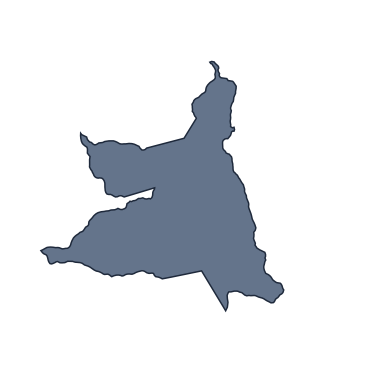 the district of Serra Nova Dourada, Mato Grosso, Brazil, rotated 206°
{"feature_id": "56859067B93174038170819", "entity_name": "Serra Nova Dourada", "entity_type": "district", "adm_level": 2, "iso_a3": "BRA", "parent_name": "Brazil", "parent_adm1": "Mato Grosso", "projection": "orthographic", "projection_center": [-51.334, -12.07], "detail": "fine", "context": "isolated", "style": "filled", "palette": "slate", "viewbox_px": 384, "rotation_deg": 206, "n_neighbors": 0, "source": "geoboundaries", "source_scale": "gbopen_adm2", "svg_char_len": 5163}
<svg xmlns="http://www.w3.org/2000/svg" viewBox="0 0 384 384"><g transform="rotate(206 192 192)"><path d="M66.6,144.2L68.1,145.1L70.1,147.3L71.5,148.3L72.7,148.7L76.0,147.7L77.3,147.7L79.9,148.2L81.2,148.6L83.3,150.0L84.8,150.7L87.0,151.2L88.5,151.2L90.1,151.2L92.4,153.1L93.3,154.1L94.2,155.2L95.0,156.9L95.3,158.7L96.0,161.4L95.9,163.2L97.5,164.7L97.7,166.5L98.6,168.2L100.1,169.7L101.8,169.7L106.0,169.7L109.1,170.1L110.1,170.8L112.0,171.8L112.6,173.7L115.2,176.0L116.4,177.3L116.8,178.9L117.7,181.0L118.9,182.9L118.4,185.1L118.6,186.5L118.9,187.8L121.0,190.0L122.8,191.6L124.7,193.0L126.1,194.2L128.0,196.6L129.5,198.3L133.8,202.4L134.7,203.5L135.6,205.8L136.3,206.9L138.4,208.8L140.4,210.6L141.6,212.6L143.7,214.2L144.9,215.3L146.0,217.7L147.9,219.7L149.0,221.0L151.5,222.3L153.3,223.5L154.7,224.5L156.2,225.2L158.6,227.0L160.0,227.3L161.6,228.0L163.4,228.5L164.6,229.7L165.5,231.2L166.1,232.4L167.0,233.8L167.7,235.1L169.5,237.3L170.9,239.8L172.1,241.1L173.4,241.5L174.9,242.3L176.4,242.1L178.4,242.0L179.8,243.1L182.0,243.8L183.5,244.8L185.7,248.8L186.5,250.5L186.6,252.1L185.7,254.0L184.6,255.0L183.2,255.6L182.2,259.7L182.4,261.4L182.8,263.2L182.3,264.4L180.9,265.1L181.1,266.7L182.6,268.6L183.9,267.4L186.0,267.7L186.7,269.5L187.7,270.8L188.8,272.5L189.3,274.4L189.9,275.9L190.8,277.3L191.6,278.9L191.8,280.5L192.3,282.3L193.7,283.6L194.3,284.9L194.6,286.7L194.9,289.1L194.6,291.5L195.2,293.5L195.9,295.3L196.1,298.2L196.1,299.7L197.0,301.6L197.7,304.2L198.7,306.5L200.6,307.6L202.8,308.9L204.0,309.3L205.8,308.8L208.4,308.0L210.4,309.2L215.9,307.4L217.7,307.8L218.8,308.9L219.2,310.5L220.9,311.6L222.2,313.1L222.3,315.1L223.4,316.5L226.0,317.4L227.4,317.7L229.0,318.6L231.5,318.0L232.9,316.5L231.5,315.7L230.0,315.8L228.5,314.7L226.6,313.7L224.9,312.4L223.9,311.4L223.4,309.8L223.0,307.8L221.5,305.7L221.0,304.4L221.3,302.8L222.3,300.8L223.6,298.7L224.1,297.4L224.8,295.0L225.0,292.7L224.8,291.3L224.0,288.7L224.2,287.1L226.1,284.3L227.0,281.7L227.5,280.0L229.4,277.7L230.1,276.3L230.4,274.9L230.2,273.1L230.5,270.9L229.3,269.2L228.7,268.0L227.7,266.4L227.0,264.5L225.4,263.9L224.4,262.8L222.7,261.4L221.4,260.9L220.4,260.1L222.7,236.8L252.0,211.6L252.7,209.7L253.8,208.6L255.4,207.8L258.0,208.7L259.7,209.8L261.9,209.7L263.7,209.7L265.0,209.6L267.3,209.1L269.9,208.0L272.8,206.1L274.3,205.4L275.6,204.6L276.9,204.0L278.3,203.7L281.2,203.9L283.3,203.8L285.1,203.5L289.1,201.5L292.6,199.1L293.9,197.4L295.1,196.6L297.3,195.2L298.0,193.9L299.2,192.3L300.5,191.6L302.4,191.8L304.0,192.4L306.1,192.1L309.0,193.3L310.8,195.2L313.5,195.2L316.2,195.2L317.8,196.0L316.8,193.7L315.4,191.4L313.7,189.2L312.1,187.8L310.7,187.1L308.3,186.5L306.1,186.2L304.9,185.0L303.9,182.9L303.1,181.1L301.2,180.1L299.2,179.2L298.2,176.1L297.1,173.9L295.8,171.3L295.1,169.6L292.7,167.8L291.1,167.0L290.1,166.0L288.7,165.1L287.4,163.9L286.2,163.2L284.3,162.9L282.5,163.3L281.2,164.2L279.2,164.9L277.7,164.6L275.9,163.6L274.3,161.9L273.6,160.6L272.4,158.2L270.5,155.1L269.1,153.7L267.5,152.9L265.8,153.3L264.2,154.1L262.4,154.2L260.5,154.0L258.6,154.0L256.9,155.1L255.9,156.4L254.9,157.2L253.7,157.7L250.8,157.8L227.4,179.4L227.0,178.2L227.2,176.3L227.1,174.7L226.5,173.1L225.9,171.7L225.6,169.4L226.3,167.6L227.8,167.4L229.5,165.9L231.4,165.2L233.6,165.2L235.5,163.6L237.3,162.7L238.7,160.2L239.8,159.1L241.0,158.4L242.1,156.9L243.7,156.5L244.1,155.1L245.3,153.1L244.8,151.1L244.5,149.1L245.2,147.6L247.1,145.6L248.8,144.9L251.4,144.8L252.3,143.5L253.7,142.1L256.9,140.3L258.7,138.5L260.9,137.2L262.3,136.1L263.4,135.4L265.0,134.4L267.4,132.2L268.7,130.3L269.6,128.2L270.0,126.9L270.2,125.6L270.7,123.8L271.4,121.7L271.6,120.1L271.1,118.5L270.6,117.3L270.8,115.9L272.2,113.7L272.5,110.8L273.0,108.7L273.9,107.7L274.9,106.7L275.7,104.7L277.0,102.5L277.8,100.7L278.4,98.7L278.5,95.5L278.3,93.2L277.9,91.1L278.0,89.0L279.2,86.8L280.8,86.0L282.5,84.7L283.7,84.0L286.9,83.7L288.2,83.3L290.2,82.2L292.5,81.5L295.0,80.5L297.2,79.2L298.2,78.4L301.0,74.4L302.1,73.1L299.7,71.9L298.1,71.5L295.6,71.6L294.3,71.0L292.9,69.6L291.3,67.6L290.2,66.5L288.3,65.4L286.9,65.7L285.8,66.6L284.3,68.4L283.4,69.8L282.3,70.6L279.6,70.5L277.7,71.4L275.3,72.8L273.4,75.2L268.9,77.3L267.5,77.5L266.3,77.7L261.6,79.5L259.5,79.8L256.6,79.3L253.1,79.8L250.9,79.8L245.7,79.0L243.4,79.0L241.0,79.6L239.5,79.7L237.8,79.7L235.7,79.4L234.4,79.6L232.8,80.6L231.6,81.3L229.6,81.3L228.3,80.9L227.0,80.7L225.6,82.4L223.6,84.1L222.5,84.7L221.3,85.3L219.7,85.7L218.1,85.8L216.8,86.8L215.5,88.7L214.1,89.9L212.5,90.8L209.9,91.8L208.3,93.4L207.2,95.0L205.6,96.7L202.5,99.3L201.1,99.8L199.6,99.9L197.2,99.6L195.0,100.0L193.5,100.9L192.4,101.6L190.9,101.9L189.1,100.5L187.5,100.0L184.8,100.8L182.7,101.0L180.7,100.9L173.1,106.6L148.8,125.3L114.1,102.9L109.7,100.0L109.7,103.9L111.3,108.6L113.4,111.6L115.1,114.5L115.3,116.8L115.1,118.4L113.2,119.3L110.6,121.4L108.4,122.5L107.2,122.9L105.4,122.9L103.1,123.4L99.4,122.5L97.3,122.7L95.5,124.0L93.7,124.6L90.7,126.3L89.3,126.7L86.1,126.8L84.9,127.0L82.3,127.5L80.5,127.5L77.4,127.1L74.1,127.1L72.4,127.0L70.4,128.2L69.9,129.5L69.9,132.3L69.3,133.6L68.6,134.7L68.3,136.0L67.9,138.1L66.7,139.8L66.2,141.5L66.6,144.2Z" fill="#64748b" stroke="#1e293b" stroke-width="1.5"/></g></svg>